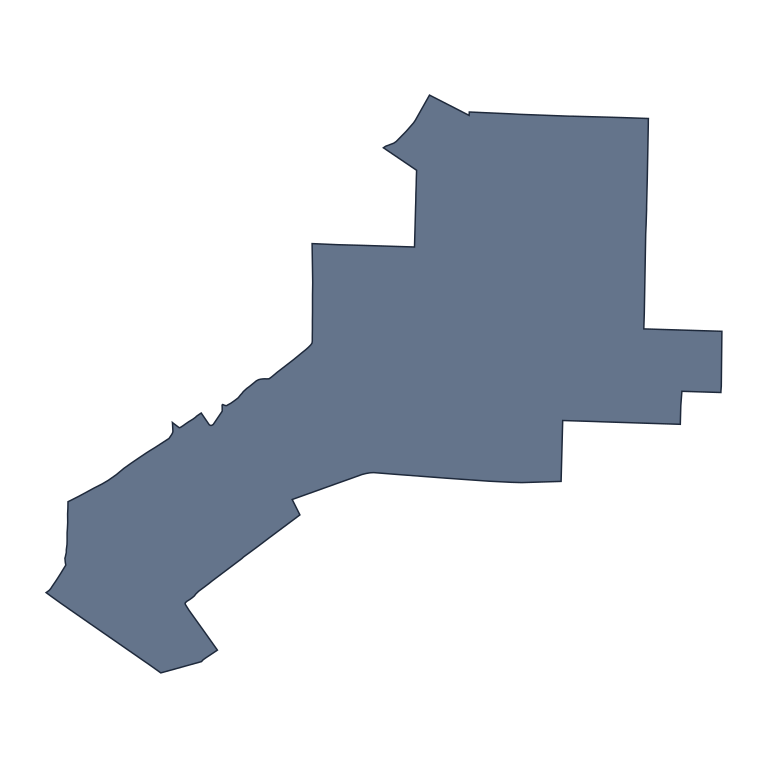 Luica, Calarasi, Romania
{"feature_id": "2599482B3478355061153", "entity_name": "Luica", "entity_type": "district", "adm_level": 2, "iso_a3": "ROU", "parent_name": "Romania", "parent_adm1": "Calarasi", "projection": "mercator", "projection_center": [26.612, 44.255], "detail": "fine", "context": "isolated", "style": "filled", "palette": "slate", "viewbox_px": 768, "rotation_deg": 0, "n_neighbors": 0, "source": "geoboundaries", "source_scale": "gbopen_adm2", "svg_char_len": 2899}
<svg xmlns="http://www.w3.org/2000/svg" viewBox="0 0 768 768"><path d="M561.1,481.4L562.7,420.5L594.1,421.5L602.1,421.8L651.7,423.4L680.3,424.3L680.8,405.7L681.9,391.3L701.3,391.9L720.9,392.5L720.9,391.5L721.2,387.5L721.2,387.3L721.2,387.2L721.3,386.5L721.3,386.4L721.9,331.3L643.8,328.9L644.3,313.2L645.7,233.8L646.1,224.8L646.6,209.3L646.6,206.2L647.0,189.7L647.3,178.0L648.0,140.3L648.3,123.8L648.3,120.5L648.4,118.5L645.4,118.4L622.7,117.6L612.5,117.3L572.1,116.2L569.5,116.2L519.0,114.3L512.0,113.9L469.3,112.0L469.1,115.4L447.1,104.1L429.5,95.1L415.3,120.3L413.6,122.8L406.0,131.5L396.2,141.5L393.7,143.2L385.7,146.2L383.4,147.8L388.7,151.4L416.6,170.3L416.3,179.1L416.2,185.2L415.9,193.7L415.8,200.3L415.7,203.9L415.6,206.4L415.1,225.4L414.5,247.0L363.3,245.4L337.7,244.7L312.1,243.6L312.7,282.7L312.5,295.2L312.5,312.3L312.4,320.5L312.4,328.7L312.3,336.9L312.3,340.7L312.2,342.0L312.1,342.6L311.8,343.5L310.6,345.1L308.3,347.4L305.6,349.8L302.7,352.1L293.2,359.9L277.5,372.0L271.4,377.1L269.0,378.8L266.2,378.9L265.3,378.8L264.7,378.8L262.9,378.9L260.5,379.2L259.3,379.5L258.5,379.7L257.4,380.3L256.6,380.7L256.1,381.0L254.1,382.7L248.5,387.2L247.5,387.9L246.7,388.5L243.3,391.6L241.8,393.6L241.0,394.4L240.3,395.2L239.2,396.6L238.2,397.8L238.0,398.0L234.7,400.5L231.3,402.9L230.4,403.5L228.3,404.6L227.6,405.0L226.9,405.5L226.6,405.6L225.7,405.6L224.3,405.2L223.2,404.7L222.7,404.5L222.2,404.9L222.1,405.4L222.2,407.6L222.2,411.2L216.6,419.5L213.2,424.5L211.6,425.4L210.4,425.4L209.2,424.7L201.2,413.0L196.4,416.3L195.6,417.2L193.0,419.1L189.6,421.2L188.9,421.6L185.4,424.0L183.2,425.6L180.9,427.1L179.9,427.6L179.3,427.7L179.2,427.7L176.3,425.5L173.5,423.4L172.4,422.5L172.6,425.0L172.6,425.5L172.9,431.0L172.9,431.6L172.5,433.0L172.0,433.9L171.5,434.8L168.9,438.6L168.3,438.9L154.4,447.9L150.3,450.4L146.2,453.0L139.2,457.7L133.6,461.5L130.7,463.5L123.8,468.4L116.4,474.6L108.3,480.3L102.2,483.9L94.3,487.9L81.0,495.1L78.6,496.4L76.4,497.5L70.5,500.5L68.0,501.7L67.9,508.4L67.6,514.0L67.7,522.6L67.4,528.7L67.1,532.7L67.1,541.0L67.0,544.5L66.3,549.8L66.3,552.5L65.7,555.1L65.3,557.0L64.9,558.2L65.0,558.9L65.2,561.5L65.4,563.1L65.7,564.4L65.7,565.3L63.8,568.3L60.4,573.9L58.8,576.4L57.8,578.0L55.5,581.5L52.2,586.3L50.8,588.5L49.7,589.8L49.0,590.5L46.1,592.6L46.5,592.9L51.4,596.5L58.5,601.6L61.0,603.4L65.2,606.3L69.3,609.2L90.3,623.8L150.6,665.6L160.8,672.9L201.5,661.6L203.1,659.8L205.9,657.8L217.4,650.1L205.0,632.6L189.1,610.4L185.5,604.7L185.1,603.6L185.3,602.8L186.9,601.3L189.8,599.5L192.4,597.6L194.4,595.9L195.7,594.1L198.7,591.2L204.5,586.9L209.6,583.0L211.7,581.3L212.2,580.9L241.8,558.6L243.5,557.0L251.3,551.3L259.1,545.5L268.7,538.2L299.9,514.9L292.2,499.5L334.9,484.2L350.1,478.8L362.0,474.5L366.0,473.5L370.0,472.8L373.7,472.6L396.4,474.4L446.4,478.2L489.1,481.2L511.3,482.3L521.8,482.6L541.4,482.0L561.1,481.4Z" fill="#64748b" stroke="#1e293b" stroke-width="1.5"/></svg>